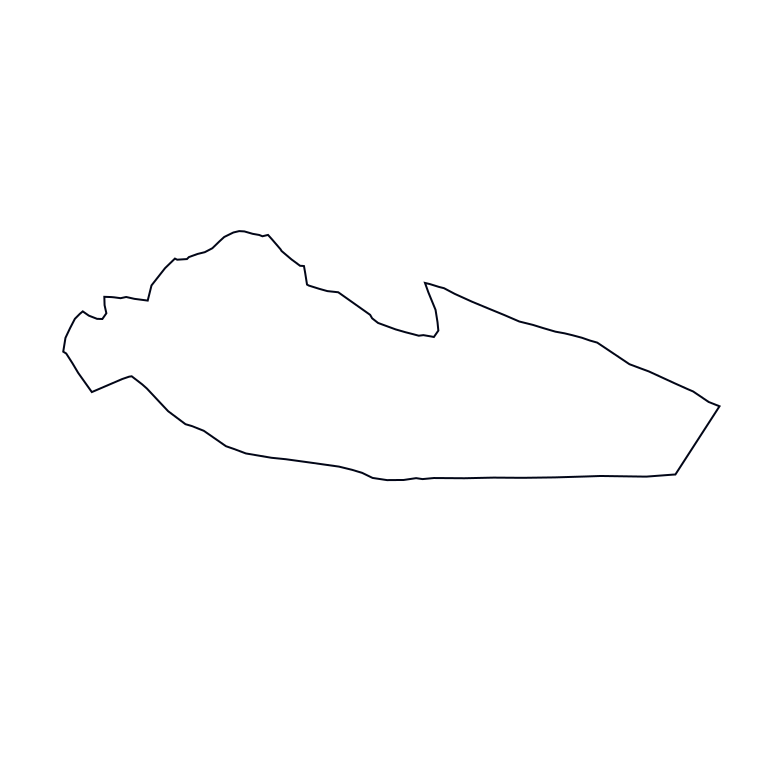 Aderbissinat, Agadez, Niger (Albers equal-area conic projection), rotated 35°
{"feature_id": "23599985B52241460380538", "entity_name": "Aderbissinat", "entity_type": "district", "adm_level": 2, "iso_a3": "NER", "parent_name": "Niger", "parent_adm1": "Agadez", "projection": "albers", "projection_center": [8.516, 16.502], "detail": "fine", "context": "isolated", "style": "outline", "palette": "ink", "viewbox_px": 768, "rotation_deg": 35, "n_neighbors": 0, "source": "geoboundaries", "source_scale": "gbopen_adm2", "svg_char_len": 1708}
<svg xmlns="http://www.w3.org/2000/svg" viewBox="0 0 768 768"><g transform="rotate(35 384 384)"><path d="M149.3,558.2L166.7,530.1L171.0,524.2L172.9,522.4L186.1,523.0L192.3,523.7L210.3,527.5L222.8,530.1L244.4,530.8L250.6,528.7L263.2,525.7L290.2,525.6L298.3,523.3L310.7,520.1L334.1,509.0L346.6,502.0L368.8,490.6L394.5,477.5L407.1,472.6L417.2,469.3L428.5,467.5L441.6,461.0L455.2,451.3L464.3,442.7L470.1,439.8L478.8,432.4L503.9,415.1L527.5,397.8L551.3,381.4L577.4,362.6L602.5,343.9L614.2,335.1L651.9,309.5L672.8,292.4L674.6,291.0L671.6,209.8L660.3,212.5L641.5,212.8L635.8,214.0L621.2,216.8L606.3,219.5L593.7,221.8L584.6,224.2L573.7,227.0L534.9,227.8L527.7,230.3L519.6,232.6L510.3,236.0L502.9,238.9L494.4,242.8L482.6,246.8L472.0,250.2L459.0,255.2L443.0,258.5L426.1,262.3L408.9,266.1L390.2,269.6L378.2,271.1L373.5,272.9L364.4,275.8L359.6,277.7L367.8,283.5L383.7,293.7L392.4,302.7L397.9,309.1L397.9,316.9L395.6,317.9L388.2,321.4L384.8,324.5L379.0,326.6L372.1,329.2L362.2,332.6L350.9,335.6L344.1,337.4L336.6,337.0L333.0,335.3L293.9,335.1L284.3,340.4L276.3,343.2L265.9,346.5L263.9,346.7L255.8,338.3L250.8,333.3L249.0,334.3L247.5,335.3L236.7,335.0L223.8,333.8L222.0,333.0L209.5,329.8L203.5,328.4L199.7,332.7L196.3,333.5L190.3,336.3L182.1,339.1L177.7,341.8L173.7,346.3L168.8,355.2L167.4,361.5L165.5,371.3L161.6,378.8L156.7,384.4L151.4,391.9L150.9,394.7L143.3,400.8L140.8,401.2L138.2,414.7L137.0,436.6L142.6,451.2L130.7,457.4L122.9,460.6L119.0,464.8L113.2,467.8L110.6,469.3L104.9,473.0L109.9,479.7L116.0,485.3L116.0,492.3L111.6,495.2L103.0,497.3L95.6,497.3L94.6,501.0L93.4,507.9L94.8,518.3L96.6,528.9L102.7,541.5L106.2,541.3L116.9,545.7L127.1,550.3L149.3,558.2Z" fill="none" stroke="#020617" stroke-width="2"/></g></svg>